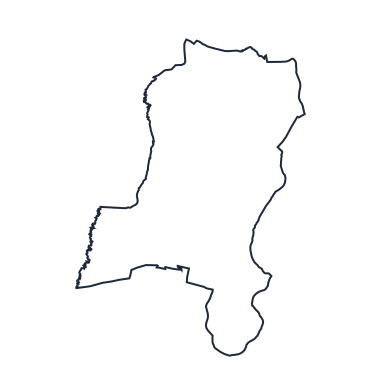 Farcas, Dolj, Romania, rotated 191°
{"feature_id": "2599482B69484813321129", "entity_name": "Farcas", "entity_type": "district", "adm_level": 2, "iso_a3": "ROU", "parent_name": "Romania", "parent_adm1": "Dolj", "projection": "robinson", "projection_center": [23.752, 44.619], "detail": "fine", "context": "isolated", "style": "outline", "palette": "slate", "viewbox_px": 384, "rotation_deg": 191, "n_neighbors": 0, "source": "geoboundaries", "source_scale": "gbopen_adm2", "svg_char_len": 6027}
<svg xmlns="http://www.w3.org/2000/svg" viewBox="0 0 384 384"><g transform="rotate(191 192 192)"><path d="M174.9,339.4L184.0,337.0L186.6,336.7L197.5,337.2L204.6,337.8L207.5,338.9L209.9,339.2L210.7,339.9L213.4,341.0L216.3,341.4L218.4,337.8L222.4,339.7L226.7,340.6L227.0,339.7L227.8,335.9L226.6,330.0L223.5,318.9L224.0,316.5L226.3,314.8L232.4,313.3L235.4,308.5L239.7,306.9L240.8,306.8L242.3,305.9L246.9,300.6L250.2,298.3L251.5,297.7L251.7,297.2L250.3,297.2L249.3,296.7L249.0,296.3L249.2,295.6L250.2,294.8L250.3,294.1L252.7,292.8L252.9,290.9L254.0,289.9L254.2,289.2L255.0,288.1L255.5,285.9L256.0,285.1L256.1,284.2L257.1,283.6L256.2,281.1L257.1,280.9L257.4,280.3L256.8,279.8L257.0,279.4L255.7,278.7L256.9,278.2L255.6,277.0L255.2,276.3L255.4,275.9L256.9,275.1L256.8,274.4L255.2,274.2L254.9,274.0L254.8,273.6L255.1,273.1L256.7,272.4L256.3,271.3L255.0,271.6L254.7,271.4L254.9,271.0L253.3,270.0L252.2,270.4L251.7,270.1L251.5,269.7L249.7,269.6L249.2,269.1L249.4,268.7L250.5,268.5L249.8,267.8L249.9,267.6L251.2,267.4L252.0,266.8L251.9,266.4L251.6,266.3L250.3,266.4L250.2,265.9L250.9,264.4L250.2,264.0L251.1,260.8L250.4,259.8L250.5,257.1L248.7,257.0L249.2,255.0L248.3,254.8L246.9,253.5L246.5,251.5L246.5,250.4L244.7,246.3L244.2,244.6L242.8,242.2L242.3,240.9L240.8,238.7L239.5,235.5L240.0,234.5L239.0,234.0L239.2,233.7L239.8,233.4L239.5,232.1L239.0,231.8L239.0,230.9L239.3,229.9L240.4,227.9L240.5,226.9L240.4,225.9L239.8,224.4L239.9,220.0L239.4,217.4L240.3,217.0L240.2,216.4L239.9,216.2L240.3,214.9L240.0,212.9L240.1,209.4L239.5,205.4L239.9,203.8L239.9,200.0L240.2,197.4L239.7,196.1L241.7,193.9L242.0,191.5L242.8,190.0L244.2,186.3L245.0,185.6L244.6,183.7L245.2,182.1L245.5,180.3L245.5,178.4L245.1,176.7L244.4,175.4L243.5,172.3L243.9,170.1L245.2,168.5L247.1,167.1L249.7,164.7L251.9,164.7L253.5,163.6L256.8,163.0L279.1,159.9L278.6,157.7L279.6,157.5L280.5,157.7L280.8,157.2L280.6,156.8L279.6,156.3L279.5,155.8L280.8,155.8L281.2,155.3L280.3,154.4L279.6,154.4L279.3,154.1L280.0,153.7L280.4,153.1L280.2,152.7L278.5,152.8L279.4,150.6L280.8,150.4L280.6,149.8L280.8,149.3L281.9,148.4L280.5,147.7L280.7,146.4L281.3,145.6L281.3,144.3L281.0,143.1L281.4,142.0L283.0,142.3L283.3,142.1L283.8,140.7L282.5,140.1L282.0,139.1L284.0,138.0L282.1,137.6L284.1,136.9L284.1,136.1L283.1,135.8L283.5,135.0L284.1,135.3L284.3,135.1L284.2,134.1L283.7,133.8L283.2,133.0L283.4,132.5L283.9,132.5L284.7,131.2L284.4,130.9L283.4,131.3L282.6,131.0L282.6,130.7L283.9,130.3L282.7,129.4L283.5,127.8L282.9,126.8L282.3,126.6L282.4,125.8L281.6,125.2L282.1,124.6L282.2,123.9L280.4,124.1L280.7,123.4L280.8,122.6L281.2,122.3L280.6,120.9L280.6,120.5L280.9,120.2L281.4,120.4L281.7,120.0L282.9,119.7L283.1,118.0L282.7,117.5L282.0,117.9L280.8,117.4L279.9,116.7L279.8,116.3L280.4,115.7L280.7,116.5L281.3,115.9L281.5,116.6L282.4,116.3L282.2,115.5L283.1,115.3L282.9,114.9L283.6,114.6L284.0,114.0L283.3,113.5L283.3,112.8L283.0,112.3L283.9,111.3L283.9,110.9L281.9,109.0L281.8,108.4L282.2,107.5L281.1,106.1L279.9,106.1L279.6,105.8L279.5,105.2L279.9,104.2L279.6,103.4L280.0,102.9L280.8,102.6L281.2,102.7L281.2,103.3L281.5,103.8L282.4,103.8L282.0,102.7L283.3,101.6L282.7,100.6L282.7,100.1L283.0,100.0L283.7,100.6L283.8,99.8L284.6,99.2L284.2,98.8L282.5,99.2L282.1,98.2L283.2,98.2L283.7,97.9L283.7,97.5L283.1,96.7L283.1,96.3L283.7,96.6L284.3,96.3L285.9,96.1L286.2,94.4L287.1,92.8L287.2,91.3L285.8,90.0L285.8,89.6L286.4,89.1L285.5,88.3L286.2,87.7L285.6,87.1L285.6,86.6L285.2,85.8L285.3,85.6L286.5,85.9L286.6,85.6L286.0,84.7L286.8,84.5L287.0,83.9L287.8,83.2L287.3,81.8L286.2,82.1L285.9,81.8L286.6,81.4L285.9,80.3L287.1,79.9L286.5,78.8L286.7,78.2L286.4,77.6L287.3,77.0L287.4,76.3L287.1,75.6L274.1,80.0L262.4,85.8L253.7,88.9L246.7,91.9L237.0,95.3L236.6,99.0L236.6,103.9L231.2,107.4L223.2,111.5L212.3,113.4L211.6,113.1L212.2,111.2L209.6,111.4L203.6,111.3L204.0,112.3L203.9,113.2L196.4,113.0L191.4,113.2L188.8,113.5L188.7,114.3L188.0,114.2L187.4,113.6L187.5,114.2L188.5,115.0L190.1,114.8L190.9,115.2L191.7,115.9L191.9,116.7L180.4,116.3L180.5,107.4L179.9,102.4L161.6,101.1L160.1,100.4L158.8,100.2L153.0,100.1L152.8,98.0L153.7,93.9L153.9,91.2L155.2,87.2L156.1,85.5L156.5,82.4L153.3,75.6L152.7,73.6L152.4,71.4L153.0,66.0L152.8,63.4L151.8,61.1L149.7,58.9L144.3,54.9L144.1,52.6L143.2,48.5L142.5,47.1L141.3,45.6L140.7,44.3L139.6,43.2L134.0,40.6L129.0,39.1L123.9,38.5L120.5,40.0L119.4,40.1L115.2,41.8L113.4,43.0L111.2,45.3L110.2,47.2L109.6,49.4L109.3,52.4L108.2,54.6L106.7,56.2L102.7,59.6L100.4,63.4L99.8,65.0L99.2,68.4L97.9,71.3L98.0,72.3L97.3,76.2L97.4,78.1L98.3,80.1L100.2,82.2L101.8,83.4L103.0,85.7L104.5,87.1L106.6,88.4L110.3,91.6L111.2,91.9L111.8,93.9L112.0,98.8L111.8,100.4L111.3,101.8L109.7,104.3L108.1,106.1L106.1,107.6L102.3,109.6L101.2,110.8L99.6,114.4L99.8,117.1L99.4,120.3L99.0,122.4L98.0,124.6L100.9,126.7L104.8,126.2L105.5,126.4L107.5,128.1L108.8,129.9L112.2,131.2L113.9,132.8L117.1,134.8L119.5,137.6L121.0,139.9L123.6,146.2L124.3,149.5L124.1,151.8L123.4,154.7L123.9,158.7L123.6,160.9L123.8,164.0L124.7,166.5L124.2,168.0L123.5,169.2L123.8,171.1L123.1,172.3L122.7,173.1L122.7,174.0L121.5,176.1L120.9,180.6L116.6,192.7L113.4,199.1L112.8,201.7L111.9,203.4L111.3,205.6L110.7,206.3L110.5,207.6L109.0,209.3L107.7,210.2L104.0,214.5L103.1,216.5L102.6,219.0L102.7,222.6L103.4,225.0L104.3,226.5L105.4,227.2L106.6,228.6L109.8,234.3L110.8,242.2L110.8,244.5L111.4,245.2L111.0,247.8L111.2,248.6L111.3,249.0L116.5,252.4L112.7,258.6L110.2,264.1L106.8,275.1L102.9,285.9L101.4,285.6L96.2,290.0L97.2,291.7L99.6,297.3L101.1,299.7L103.4,302.0L104.8,304.5L105.2,305.5L105.8,311.5L105.7,315.1L106.1,318.1L107.2,320.8L112.2,328.6L112.6,329.7L112.9,332.2L113.8,335.2L114.3,337.8L115.2,339.7L117.1,341.6L118.3,342.1L119.3,341.8L122.1,339.3L124.5,338.0L130.1,336.6L143.0,334.0L145.4,340.1L146.3,339.1L146.5,336.7L149.5,338.6L150.3,338.7L151.6,338.2L153.8,339.9L154.4,341.2L155.2,342.0L156.9,342.7L157.8,343.4L160.6,344.2L161.1,345.1L162.3,345.5L164.2,344.5L165.9,342.8L166.5,342.9L166.8,342.1L168.8,340.5L169.0,340.3L169.0,340.9L169.3,340.9L171.4,339.1L174.9,339.4Z" fill="none" stroke="#1e293b" stroke-width="2"/></g></svg>